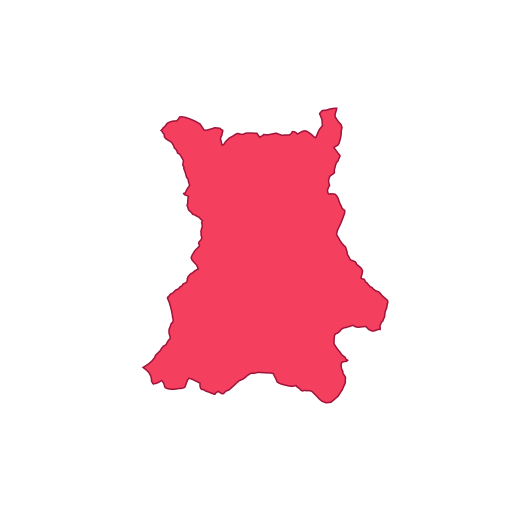 Naro, Thimphu, Bhutan (orthographic projection), rotated 132°
{"feature_id": "84629894B37103530921458", "entity_name": "Naro", "entity_type": "district", "adm_level": 2, "iso_a3": "BTN", "parent_name": "Bhutan", "parent_adm1": "Thimphu", "projection": "orthographic", "projection_center": [89.526, 27.679], "detail": "fine", "context": "isolated", "style": "filled", "palette": "rose", "viewbox_px": 512, "rotation_deg": 132, "n_neighbors": 0, "source": "geoboundaries", "source_scale": "gbopen_adm2", "svg_char_len": 6163}
<svg xmlns="http://www.w3.org/2000/svg" viewBox="0 0 512 512"><g transform="rotate(132 256 256)"><path d="M226.2,410.6L226.2,409.3L226.8,407.8L226.8,406.5L227.2,405.4L228.3,404.5L228.9,403.2L229.2,401.7L228.7,398.2L228.2,396.6L228.1,394.7L228.6,392.7L229.5,390.2L230.4,389.0L230.3,387.3L230.6,385.7L231.3,384.2L231.9,383.5L231.9,382.9L231.4,380.6L233.6,373.8L237.3,371.4L238.4,368.8L239.5,368.0L240.3,366.2L241.7,363.7L243.9,360.4L244.4,357.7L245.9,356.0L247.8,352.7L248.5,352.5L252.2,352.0L254.6,351.4L255.6,351.0L256.4,350.9L256.9,351.0L257.9,351.6L258.3,350.4L258.1,349.8L257.7,348.8L257.1,347.2L257.0,346.2L259.9,344.2L263.2,341.6L264.6,341.1L265.4,339.4L266.9,336.8L266.9,335.5L266.9,332.9L267.4,330.9L266.7,329.7L265.9,326.3L265.3,324.2L265.6,321.7L265.5,319.5L267.7,318.7L267.9,318.2L269.1,316.6L270.1,315.7L271.4,315.1L274.6,313.4L275.8,312.0L277.2,310.9L278.1,309.1L280.0,307.8L280.6,307.7L284.0,307.7L285.1,307.0L285.6,305.6L286.6,304.6L287.2,304.7L292.0,305.0L294.2,304.8L298.1,304.0L300.6,303.1L301.4,301.7L301.9,300.1L302.0,298.6L302.3,296.3L302.3,294.6L303.2,292.3L304.4,290.2L305.4,290.7L308.0,291.5L309.6,291.8L310.8,291.7L312.6,292.6L314.9,292.7L316.5,292.7L319.0,291.8L319.7,290.9L321.9,290.1L322.9,290.2L325.5,291.5L327.5,291.0L329.6,291.7L332.8,291.7L333.6,292.3L335.2,292.9L339.1,293.0L341.0,293.9L342.9,294.0L344.5,293.8L345.8,294.1L346.6,293.5L348.5,289.4L349.6,287.7L351.1,285.2L353.3,282.0L356.0,278.5L357.3,277.0L359.0,274.6L361.0,273.5L362.0,273.8L363.9,273.5L364.6,273.0L368.5,271.6L370.2,270.3L371.9,268.5L373.5,265.8L374.4,264.8L375.7,264.5L377.1,264.7L379.9,264.1L381.9,263.6L383.2,263.8L385.0,264.5L387.6,264.4L390.8,263.8L392.9,264.0L397.1,264.2L398.8,263.5L399.7,263.3L403.3,263.1L406.4,263.4L409.1,263.9L412.2,264.7L414.4,265.4L414.1,261.8L414.2,258.6L414.4,257.2L415.8,253.4L417.5,251.3L419.0,249.8L419.2,248.9L419.8,247.6L419.8,246.6L419.1,246.3L417.9,245.2L415.3,243.9L412.0,242.9L411.7,242.0L412.4,239.3L414.1,236.5L414.6,235.3L413.9,233.3L413.3,232.1L410.9,228.7L409.6,227.6L408.3,226.3L406.3,224.8L405.0,223.5L403.4,222.2L401.4,221.1L399.5,221.6L397.5,222.6L393.6,223.9L392.0,224.1L391.4,223.4L390.3,220.9L389.6,218.4L387.9,212.6L389.7,211.0L390.5,210.1L391.3,208.7L391.5,207.7L391.5,207.0L390.7,206.1L390.4,205.2L389.9,202.7L388.3,199.1L388.0,197.7L387.1,196.0L387.0,195.1L386.2,194.0L385.8,194.2L383.8,194.1L381.9,193.4L381.5,190.8L381.1,189.1L380.4,188.3L379.8,188.1L377.1,188.0L376.2,187.8L374.6,186.9L373.3,186.4L366.9,185.7L363.0,185.5L359.8,185.0L356.7,183.5L354.0,182.8L351.1,182.5L347.9,181.8L346.1,180.9L344.6,179.1L341.0,176.5L335.9,170.1L333.1,166.8L331.8,164.5L333.0,161.7L334.7,157.3L335.4,156.3L335.3,154.7L334.5,152.1L333.3,149.6L330.8,145.0L329.1,142.3L326.1,139.9L325.5,139.6L325.4,139.2L325.8,138.5L325.4,134.3L325.7,132.6L325.1,131.1L323.5,130.1L322.5,128.6L320.7,126.6L319.5,124.8L319.2,123.5L319.6,116.3L319.9,113.5L319.8,109.9L318.3,105.8L314.5,102.4L305.4,101.2L297.7,102.4L290.5,104.8L286.2,108.4L285.6,110.3L285.1,112.9L283.7,114.1L283.4,115.1L282.8,116.5L281.8,117.9L280.5,119.4L279.8,120.1L278.2,120.9L276.6,120.6L274.4,119.0L273.8,118.3L272.1,118.1L272.4,119.3L272.4,120.2L272.1,121.2L271.6,122.4L271.8,123.5L272.0,125.2L271.9,126.6L271.6,127.9L271.3,128.9L270.6,133.6L269.1,139.2L266.7,141.4L264.6,143.0L263.5,143.8L261.9,144.7L260.4,144.7L258.9,143.8L257.4,143.6L255.8,143.3L254.8,143.5L252.9,143.5L251.1,142.8L249.6,141.9L248.6,141.0L246.6,140.0L245.7,139.2L243.9,138.4L243.0,137.8L242.7,137.4L242.0,134.6L240.6,132.3L237.4,129.6L235.0,127.3L235.0,125.9L235.2,123.1L235.1,122.5L234.8,121.8L234.4,120.4L233.7,119.0L232.2,117.8L229.2,116.3L227.9,115.3L227.6,114.6L226.3,115.5L225.1,117.2L224.3,117.4L223.3,117.7L221.3,118.5L219.7,118.2L217.1,119.2L215.1,119.8L211.1,122.7L206.8,124.3L205.1,125.5L202.0,127.2L201.0,128.6L201.1,136.0L200.5,139.1L200.6,141.0L201.6,143.3L202.0,145.9L202.0,147.0L201.8,148.6L202.4,150.7L202.2,152.4L202.2,153.6L201.7,155.1L202.0,156.7L201.7,158.0L201.0,159.6L201.0,160.2L201.3,160.9L201.8,161.5L202.1,162.2L202.2,162.9L201.9,163.3L201.1,163.8L198.0,165.4L195.6,167.0L195.0,168.7L194.6,169.9L194.7,173.6L194.9,175.1L194.8,175.9L194.2,176.8L193.9,178.6L194.4,179.8L194.9,181.4L195.4,182.2L195.6,183.3L195.3,184.5L194.5,186.4L193.7,189.1L191.7,191.5L189.4,195.6L189.4,197.3L189.1,200.6L188.4,203.6L186.1,210.6L182.6,212.6L174.6,215.0L168.7,217.2L164.7,218.9L162.8,220.5L163.0,223.7L161.6,226.7L161.2,228.0L160.2,230.0L158.0,234.0L157.2,236.6L157.3,238.9L158.8,240.9L159.9,242.3L160.8,242.5L161.3,243.8L160.5,245.5L159.3,246.9L156.1,248.2L154.4,248.4L152.9,250.9L151.1,252.8L150.0,253.3L148.7,254.0L147.5,254.4L145.1,254.1L143.9,253.7L141.7,253.4L139.4,255.5L135.0,257.8L132.7,258.7L130.3,258.7L129.9,259.0L127.3,259.8L126.3,260.2L125.4,260.5L125.1,261.0L124.6,264.6L124.2,266.1L123.3,270.7L122.2,270.5L119.0,269.4L117.0,269.6L112.5,271.7L109.1,273.8L105.7,276.5L104.1,277.5L103.2,277.8L101.6,280.4L101.3,281.5L101.2,284.0L100.6,286.7L99.6,290.2L98.4,291.6L96.2,292.8L93.5,294.1L92.2,294.9L93.9,296.7L97.9,299.9L99.9,300.8L103.6,304.1L107.6,304.1L110.4,298.4L114.8,293.8L119.4,293.6L123.1,292.5L127.9,290.8L128.3,291.0L128.7,293.1L128.6,295.7L128.7,298.0L129.4,302.0L130.4,303.6L131.5,304.5L134.0,305.6L137.7,306.8L137.5,309.1L138.2,310.9L139.2,312.2L141.7,311.7L143.9,312.3L145.0,313.5L147.2,316.0L148.8,317.1L150.4,321.0L151.2,323.2L157.7,328.0L158.8,329.0L159.7,330.4L160.4,331.5L162.9,331.9L165.2,332.8L164.5,336.3L164.2,337.4L165.1,338.4L166.3,340.0L169.0,343.1L171.1,345.4L172.4,346.3L173.7,346.6L174.7,347.5L175.6,348.6L176.3,349.9L176.7,350.9L177.4,351.8L178.8,352.5L182.6,353.5L186.3,354.8L187.7,354.9L189.9,355.1L191.7,355.1L193.7,354.7L195.1,354.7L196.1,355.3L196.2,355.7L194.0,358.7L193.0,360.4L191.8,361.4L190.7,361.8L189.8,361.9L188.2,362.7L187.4,363.3L186.0,363.9L184.8,364.9L185.2,365.7L185.3,368.4L188.2,372.4L191.7,374.4L196.0,377.2L197.2,379.0L196.2,382.3L195.3,386.1L196.7,392.0L197.9,395.5L198.9,398.2L200.4,401.5L202.1,404.1L203.1,405.2L203.8,405.8L206.3,405.3L208.7,405.4L211.2,407.9L214.2,409.8L216.9,410.8L218.1,410.7L219.5,410.4L220.3,410.4L223.0,410.7L225.5,410.4L226.2,410.6Z" fill="#f43f5e" stroke="#9f1239" stroke-width="1.5"/></g></svg>